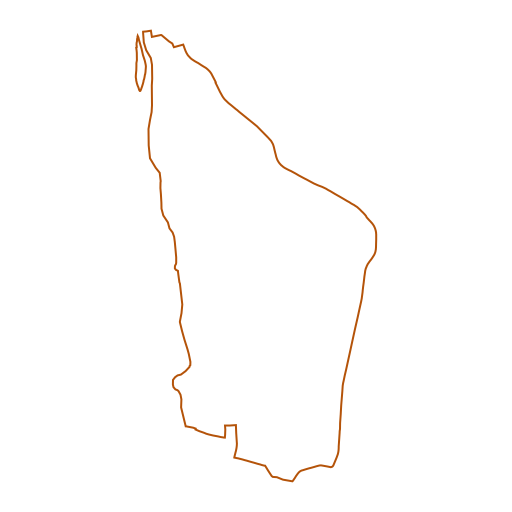 outline of Hilwan, Al Qahirah, Egypt
{"feature_id": "37247803B18472339316050", "entity_name": "Hilwan", "entity_type": "district", "adm_level": 2, "iso_a3": "EGY", "parent_name": "Egypt", "parent_adm1": "Al Qahirah", "projection": "orthographic", "projection_center": [31.32, 29.854], "detail": "fine", "context": "isolated", "style": "outline", "palette": "amber", "viewbox_px": 512, "rotation_deg": 0, "n_neighbors": 0, "source": "geoboundaries", "source_scale": "gbopen_adm2", "svg_char_len": 5881}
<svg xmlns="http://www.w3.org/2000/svg" viewBox="0 0 512 512"><path d="M183.2,44.6L173.9,47.2L172.3,43.5L169.0,41.4L161.5,35.1L161.0,35.0L151.9,36.9L150.9,30.7L146.5,31.4L143.1,31.7L143.1,32.8L143.8,42.4L146.2,50.2L150.8,58.0L152.0,64.8L152.2,78.9L151.8,85.6L152.0,105.3L151.6,112.1L150.0,120.0L148.5,129.0L148.7,145.4L150.0,158.3L155.7,167.8L159.7,172.8L160.7,181.1L160.5,182.6L160.4,188.1L160.9,194.1L161.4,202.9L161.5,208.7L163.3,215.5L167.9,222.4L169.5,228.4L172.6,232.5L174.1,236.7L174.8,241.9L175.5,249.5L176.2,257.4L176.2,262.9L175.9,264.2L175.1,265.5L174.9,266.8L174.9,268.5L176.0,269.9L177.9,270.8L178.3,274.3L179.4,282.3L179.9,283.5L182.3,304.5L181.5,313.2L179.9,321.5L179.9,322.2L182.1,331.2L184.5,339.8L187.5,349.3L188.8,354.0L190.4,361.9L190.3,365.2L189.7,365.8L189.5,366.9L185.6,371.1L180.9,374.6L177.6,375.4L175.1,377.2L173.0,379.9L172.9,384.5L173.5,387.2L175.4,389.4L177.5,390.2L178.5,391.1L180.5,394.7L181.4,399.4L181.1,407.4L185.7,426.3L185.9,426.3L193.2,427.7L195.1,428.4L195.7,428.6L195.5,429.5L199.4,431.2L203.5,432.6L204.8,433.1L205.9,433.6L206.5,433.8L208.9,434.5L213.1,435.5L218.0,436.4L221.0,437.1L223.1,437.4L224.1,437.6L224.9,437.6L224.9,437.1L225.1,435.0L225.3,429.5L225.0,425.5L230.1,425.5L235.9,425.1L236.2,432.9L236.6,439.2L236.8,442.3L236.9,443.5L236.8,445.5L236.7,446.5L236.5,448.0L236.0,450.7L235.6,452.1L234.8,455.3L234.3,457.4L234.3,457.6L234.9,457.7L236.7,458.1L238.4,458.4L239.4,458.7L239.9,458.8L242.6,459.5L244.6,460.1L246.9,460.7L249.6,461.5L251.7,462.1L253.9,462.7L257.6,463.8L260.3,464.5L261.7,465.0L264.1,465.6L265.1,465.7L266.6,468.1L267.8,470.1L269.8,473.2L271.7,476.1L272.4,476.6L272.8,476.9L276.9,477.2L282.8,479.6L283.2,479.7L292.4,481.3L292.9,480.8L294.9,477.9L296.0,476.1L297.5,474.0L298.8,472.4L300.1,471.3L301.4,470.6L303.2,470.1L305.4,469.4L309.1,468.3L310.8,467.9L314.0,467.0L316.3,466.3L317.8,465.9L319.4,465.5L320.1,465.4L321.2,465.4L323.0,465.7L326.9,466.4L329.9,467.0L330.8,467.2L331.7,466.9L332.4,466.6L332.7,466.3L333.3,465.5L335.2,461.0L336.6,457.6L337.8,454.3L338.3,452.1L338.6,449.8L338.7,447.9L338.7,446.5L339.6,433.2L339.7,431.1L340.0,429.1L340.1,423.0L340.7,414.6L341.2,405.4L342.3,391.8L342.7,385.8L342.9,384.5L343.1,383.2L343.6,381.0L344.8,375.2L346.1,369.7L347.5,363.3L349.9,352.4L352.5,340.4L355.0,329.0L357.7,317.2L359.7,308.0L361.1,301.7L361.7,298.7L362.3,294.2L362.5,292.8L362.6,291.8L362.8,289.6L363.0,288.1L363.1,287.0L363.7,282.6L364.2,278.3L364.4,276.5L365.0,272.5L365.1,271.5L365.2,271.0L365.3,270.3L365.5,269.7L365.6,269.1L365.8,268.6L365.9,268.2L366.0,268.0L366.2,267.6L366.4,267.1L366.7,266.2L367.1,265.5L367.5,264.5L367.6,264.3L367.8,264.1L368.0,263.7L368.3,263.3L368.6,262.9L369.4,261.7L370.8,259.9L371.3,259.3L371.6,258.8L372.1,258.1L372.6,257.4L373.0,256.7L373.3,256.3L373.7,255.6L374.0,255.2L374.2,254.8L374.4,254.4L374.7,253.8L374.8,253.4L374.9,253.2L375.1,252.8L375.3,252.0L375.5,251.4L375.5,251.1L375.6,250.7L375.7,250.2L375.8,249.6L375.9,249.0L375.9,248.3L376.0,247.4L376.1,242.9L376.2,239.5L376.2,238.1L376.2,237.0L376.2,235.8L376.2,235.3L376.2,234.4L376.1,233.5L376.1,232.7L376.0,232.3L376.0,232.0L375.9,231.6L375.8,231.3L375.8,230.9L375.6,230.3L375.5,229.9L375.4,229.6L375.2,228.9L375.0,228.3L374.7,227.6L374.4,227.0L374.3,226.7L374.2,226.4L374.0,226.1L373.7,225.6L373.4,225.1L373.0,224.5L372.8,224.2L372.3,223.6L371.7,222.8L371.2,222.4L370.8,221.8L369.5,220.5L366.7,217.4L366.0,216.0L365.2,215.0L364.6,214.3L362.8,212.4L361.5,211.2L360.2,209.8L359.0,208.7L358.1,207.9L357.1,207.0L355.5,206.0L353.9,204.9L352.7,204.3L351.1,203.4L349.5,202.3L347.1,201.0L345.1,199.8L342.9,198.5L340.5,197.1L335.2,194.1L330.2,191.1L328.1,190.0L326.0,188.7L323.7,187.6L322.2,186.9L320.9,186.4L319.5,185.9L318.2,185.4L316.8,184.8L315.5,184.2L314.1,183.6L310.0,181.4L306.7,179.6L304.7,178.6L301.5,176.9L298.7,175.4L296.7,174.2L295.3,173.4L291.8,171.5L291.1,171.1L290.4,170.8L289.1,170.2L287.5,169.4L286.0,168.6L284.7,167.9L283.8,167.3L283.0,166.7L282.4,166.2L281.9,165.7L281.5,165.5L280.9,164.9L280.4,164.3L279.8,163.7L279.2,162.9L278.8,162.4L278.4,161.7L277.6,160.4L277.2,159.5L276.9,158.7L276.6,157.9L276.3,157.0L276.0,155.9L275.7,154.5L275.3,153.1L274.4,149.4L273.9,147.2L273.4,145.5L273.0,144.3L272.4,143.2L272.0,142.4L271.6,141.8L271.1,140.9L270.9,140.7L267.8,137.3L260.8,130.2L257.0,126.3L246.9,118.1L239.1,111.8L237.2,110.1L235.7,109.0L231.4,105.4L228.5,103.1L225.7,100.4L224.5,99.2L223.3,97.6L222.5,96.4L220.0,91.9L216.8,85.3L215.5,82.7L215.8,82.3L214.8,80.3L212.5,75.9L211.3,73.6L210.4,72.3L209.6,71.3L207.8,69.5L206.5,68.4L205.7,67.8L203.5,66.5L201.1,65.0L198.1,63.0L197.3,62.6L196.4,62.1L194.8,61.2L192.4,59.6L191.8,59.2L191.5,59.0L191.2,58.7L190.8,58.4L190.2,57.8L189.3,56.8L188.9,56.4L188.6,56.1L188.2,55.6L187.7,55.0L187.4,54.5L186.9,53.6L186.5,53.0L186.1,52.1L185.6,51.1L185.3,50.3L185.0,49.5L184.5,48.2L184.3,47.6L184.0,46.7L183.5,45.4L183.2,44.6ZM140.0,91.0L140.3,90.9L140.4,90.7L140.7,90.1L140.9,89.8L140.9,89.7L141.0,89.4L141.2,89.0L141.4,88.4L141.6,87.7L141.9,87.0L142.1,86.5L142.2,86.0L142.3,85.7L142.6,84.8L142.6,84.7L142.7,84.4L142.8,84.2L142.9,83.8L143.0,83.4L143.4,81.9L143.5,81.4L143.6,80.5L143.7,80.2L143.9,79.7L144.0,79.4L144.1,79.1L144.5,77.3L144.6,76.6L144.8,75.7L144.8,75.3L144.9,74.9L145.1,74.3L145.2,74.1L145.2,73.8L145.3,73.3L145.5,72.0L145.6,70.4L145.8,68.1L145.9,66.3L145.7,64.8L145.3,62.9L144.8,60.7L143.8,57.6L143.0,55.2L141.6,49.0L139.0,40.1L138.4,37.4L137.7,35.9L137.4,37.1L137.7,38.5L137.1,38.9L137.0,41.2L136.6,42.9L136.5,45.1L136.7,45.7L136.7,47.4L136.2,47.6L136.6,50.5L136.8,52.8L136.9,60.2L136.4,63.1L136.4,66.1L136.3,70.3L136.1,72.4L135.9,74.5L135.8,76.1L135.8,76.7L135.8,77.0L135.8,77.4L136.1,79.1L136.2,80.1L136.2,80.5L136.3,81.0L136.4,81.3L136.5,81.6L136.7,82.6L136.8,83.1L137.5,85.2L137.6,85.6L137.8,86.0L138.1,86.7L138.4,87.4L138.6,88.0L139.1,89.7L139.4,90.2L139.4,90.4L139.5,90.5L139.9,91.0L140.0,91.0Z" fill="none" stroke="#b45309" stroke-width="2"/></svg>